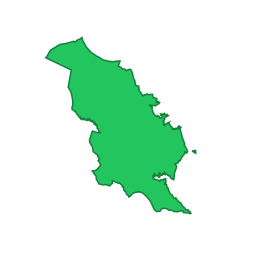 outline of Capiz, Capiz, Philippines, rotated 73°
{"feature_id": "2640588B34459645926333", "entity_name": "Capiz", "entity_type": "district", "adm_level": 2, "iso_a3": "PHL", "parent_name": "Philippines", "parent_adm1": "Capiz", "projection": "albers", "projection_center": [122.785, 11.39], "detail": "fine", "context": "isolated", "style": "filled", "palette": "green", "viewbox_px": 256, "rotation_deg": 73, "n_neighbors": 0, "source": "geoboundaries", "source_scale": "gbopen_adm2", "svg_char_len": 5909}
<svg xmlns="http://www.w3.org/2000/svg" viewBox="0 0 256 256"><g transform="rotate(73 128 128)"><path d="M28.0,145.5L28.9,148.0L29.1,150.9L30.3,153.2L29.2,154.7L29.1,162.0L28.2,168.6L30.7,178.7L32.5,181.3L35.0,183.6L36.8,186.1L55.9,165.3L71.5,173.3L76.8,172.0L84.1,172.6L88.8,173.7L90.6,174.6L91.8,175.6L94.0,175.9L94.0,175.6L94.7,175.4L96.4,174.1L96.9,174.0L97.0,173.2L98.8,173.1L99.3,172.7L100.1,172.9L101.7,171.6L102.9,171.7L103.6,171.2L103.7,170.5L104.1,170.7L104.1,170.3L105.2,170.6L105.8,170.4L105.8,169.6L106.3,169.5L106.0,169.1L106.4,169.0L105.9,169.0L105.7,167.9L106.4,167.3L106.8,167.6L106.8,167.1L107.2,167.3L107.4,166.3L107.7,166.0L107.8,166.4L107.7,165.9L108.2,165.9L108.7,165.3L108.6,165.0L108.1,164.9L108.3,164.7L107.8,164.4L107.6,163.8L108.9,164.1L108.9,163.8L108.4,163.6L108.6,163.3L108.2,163.2L108.0,162.8L108.2,162.5L108.0,162.3L108.4,162.2L108.7,162.8L109.0,161.9L109.6,162.2L110.0,161.9L110.4,161.9L110.5,161.5L110.0,161.5L110.4,161.3L110.2,161.0L110.9,160.8L110.9,160.4L111.1,160.7L111.4,160.0L111.4,160.4L111.8,160.4L111.8,159.9L112.4,159.6L112.3,159.3L113.1,159.1L112.9,158.9L113.2,158.6L112.8,158.2L113.6,157.9L114.2,158.5L114.4,158.1L114.7,158.1L114.8,158.4L114.9,158.0L115.2,158.1L115.3,157.7L115.7,158.1L116.2,157.9L116.4,157.4L116.2,157.0L116.9,156.9L117.2,157.2L119.3,157.6L120.5,156.7L121.8,157.0L124.4,155.9L123.5,158.7L120.5,162.9L128.3,168.4L130.1,168.8L133.2,168.3L135.4,167.5L140.5,168.2L145.2,164.9L146.2,165.3L149.1,164.4L150.6,166.2L151.2,165.7L155.5,164.9L157.7,168.3L159.1,171.2L158.7,174.8L159.8,174.2L161.1,174.1L164.9,172.5L167.4,173.3L172.9,172.1L175.1,168.7L175.7,165.5L177.9,162.7L177.9,162.0L176.8,160.7L176.5,159.1L173.9,158.4L178.0,153.4L177.7,152.6L178.0,152.3L182.7,149.6L182.8,150.5L184.2,149.6L185.8,150.3L187.9,149.4L188.6,148.6L190.8,148.9L192.8,147.3L194.1,147.5L193.9,145.7L192.3,143.3L191.7,141.7L191.9,141.3L191.7,139.5L192.1,137.5L191.7,136.9L192.7,136.0L192.5,135.4L193.0,134.6L195.2,132.4L199.9,129.9L204.9,127.9L214.0,126.7L216.4,124.7L216.9,121.4L215.0,119.3L215.7,116.1L216.3,114.8L218.5,113.0L219.2,110.7L220.6,108.8L221.2,108.7L222.6,105.2L222.9,100.6L223.6,99.9L225.2,99.6L226.8,95.2L228.0,93.9L227.9,92.8L225.8,93.3L225.4,94.0L223.9,94.4L223.7,95.0L223.9,95.4L222.9,96.3L222.8,96.8L221.1,97.1L218.7,98.6L215.1,99.5L213.3,101.0L209.7,102.7L209.4,103.3L208.9,102.8L208.8,103.1L209.3,103.5L208.4,104.5L206.3,105.2L205.2,105.2L203.7,106.8L199.7,107.3L197.1,107.2L196.5,107.6L196.5,108.1L193.4,107.6L192.6,108.1L192.8,109.0L192.4,108.9L192.3,109.3L192.0,108.9L191.3,108.9L191.8,108.3L190.7,107.5L187.7,106.8L187.2,108.5L187.7,109.7L188.0,109.6L188.0,110.5L187.9,110.3L187.4,110.9L187.1,111.6L187.8,112.5L188.0,113.6L187.5,113.8L187.2,113.4L186.2,115.6L185.9,115.7L185.0,117.0L184.8,117.8L184.3,117.9L184.3,118.5L183.0,118.6L182.0,118.0L181.8,118.4L181.2,118.4L180.9,117.7L182.1,116.8L181.3,116.7L181.0,116.3L179.7,116.6L179.5,116.1L180.2,115.5L182.0,115.1L182.1,113.7L181.7,113.3L182.4,113.8L183.6,113.0L184.2,113.0L184.3,112.6L184.2,112.1L183.4,112.1L183.0,112.5L181.7,112.6L181.5,112.0L180.1,111.4L179.4,111.6L180.2,110.9L180.4,111.1L181.2,110.8L181.8,111.1L182.8,110.8L182.3,110.2L182.7,109.7L183.0,110.2L183.0,109.2L182.7,109.2L182.7,108.8L182.5,109.1L182.5,108.9L182.1,108.9L181.7,107.8L182.1,107.1L181.7,106.8L182.2,106.9L182.1,106.6L182.7,106.4L181.7,106.1L182.6,105.9L182.5,105.3L183.3,105.0L183.8,104.2L185.6,103.3L185.6,102.3L185.9,102.4L186.3,101.7L187.8,102.0L189.2,101.2L190.8,99.3L184.2,96.4L179.4,92.8L178.1,92.8L177.1,93.2L176.8,93.8L176.0,93.7L176.1,90.5L175.4,89.7L174.1,89.2L174.7,88.5L174.4,87.5L172.3,85.8L169.1,81.4L167.5,80.8L168.1,79.9L168.7,79.9L169.0,79.6L168.9,78.8L167.8,77.9L167.0,77.8L163.0,78.5L160.9,79.3L160.4,78.6L159.9,78.4L152.8,78.8L144.0,78.4L143.4,78.2L143.5,77.8L142.7,77.1L142.5,77.4L142.8,77.8L142.2,78.4L141.0,78.5L140.5,78.3L141.1,78.9L140.9,79.5L141.1,79.2L142.0,79.3L143.3,79.8L143.2,81.0L142.9,80.6L142.2,80.1L141.6,79.8L141.0,79.7L142.4,80.3L142.4,80.9L143.0,81.5L142.2,82.5L142.4,82.9L142.2,83.7L142.9,83.8L142.4,84.9L142.5,85.5L142.0,86.0L141.6,85.7L142.2,85.3L141.3,85.2L140.7,85.5L140.9,85.7L140.6,85.6L138.4,86.6L135.7,87.3L135.6,87.6L134.8,86.9L135.1,87.8L134.5,88.0L135.0,88.7L134.8,89.3L135.2,90.4L135.5,90.3L135.4,91.1L135.8,91.7L135.6,92.2L136.3,92.3L135.7,92.9L135.4,92.7L135.5,93.1L135.0,93.1L134.8,92.6L132.4,91.8L132.2,92.4L131.4,92.3L131.0,92.0L131.1,91.3L130.1,90.1L129.6,90.4L128.3,89.9L128.1,89.0L128.5,88.3L127.8,87.8L128.1,87.5L127.6,86.6L128.2,86.4L128.0,86.0L127.8,86.4L126.4,86.7L126.4,86.9L126.8,86.8L127.3,87.3L127.0,88.1L126.5,87.9L126.3,88.6L124.7,88.8L125.1,89.5L124.8,90.4L125.6,90.7L125.7,91.1L124.7,91.7L124.4,92.2L125.0,91.9L125.0,92.4L125.3,92.2L125.5,92.8L126.1,91.8L126.9,91.7L127.9,92.6L127.9,93.8L127.7,93.7L127.4,94.7L126.5,94.8L125.4,95.5L125.7,96.2L125.3,96.8L124.9,96.7L125.3,97.4L125.0,98.0L121.3,99.3L119.5,99.5L117.2,99.5L115.1,98.7L113.7,100.3L112.6,100.9L112.3,100.7L112.4,99.6L112.8,99.7L113.2,99.4L114.1,96.4L114.8,95.4L113.8,92.2L113.9,91.5L113.0,90.4L112.8,90.8L111.7,91.1L112.1,91.8L112.0,92.2L111.4,92.3L111.5,93.0L111.9,92.9L111.9,93.3L111.3,93.5L109.3,92.2L108.1,91.9L108.0,92.7L107.1,93.3L107.0,94.1L106.2,94.9L104.9,95.1L103.9,94.7L102.9,94.8L102.1,98.8L100.8,100.0L101.7,101.5L101.4,102.4L101.0,102.5L101.5,104.5L98.0,105.3L95.8,106.4L93.8,105.9L92.5,105.9L91.2,105.4L90.4,107.1L89.0,108.3L84.5,107.6L81.3,108.3L78.8,107.8L73.7,107.9L72.5,108.8L72.2,110.1L72.6,112.9L70.7,113.8L70.4,115.4L67.3,117.6L66.1,119.3L61.6,116.0L61.1,117.5L61.2,118.4L60.7,119.2L60.6,121.4L60.1,122.4L60.4,123.6L59.0,125.5L58.4,127.5L57.1,129.0L56.1,131.3L55.3,132.2L51.9,135.0L49.8,137.3L49.0,137.7L46.8,139.7L44.3,141.5L38.4,144.2L31.2,145.7L28.0,145.5ZM169.6,69.9L168.9,70.6L169.1,71.3L168.8,72.9L169.2,73.1L169.7,72.7L169.6,71.8L170.3,71.4L170.8,71.8L171.9,70.7L170.9,70.3L169.9,70.4L169.6,69.9Z" fill="#22c55e" stroke="#15803d" stroke-width="1.5"/></g></svg>